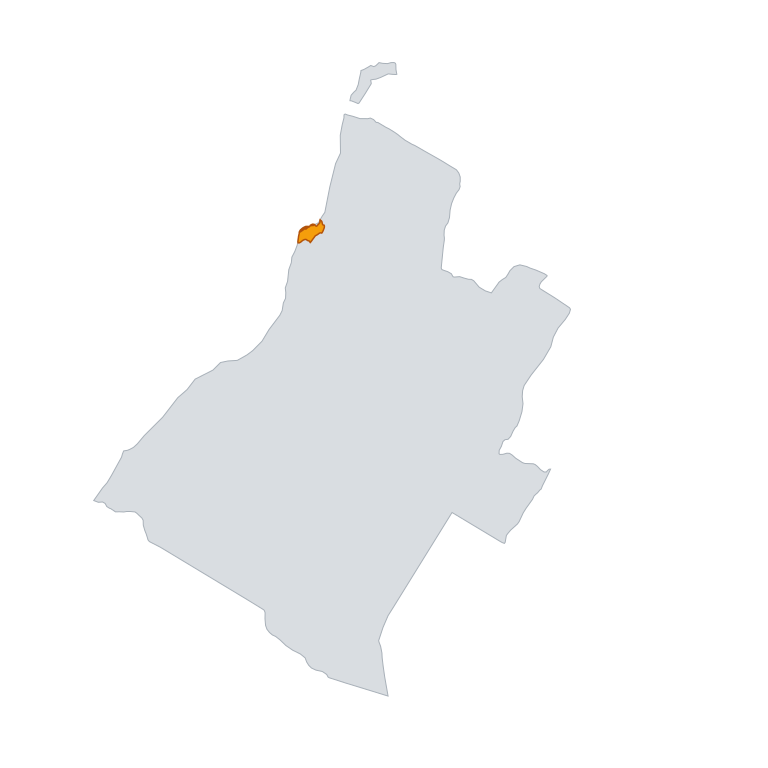 location of Luanda within Angola, rotated 31°
{"feature_id": "AGO-1880", "entity_name": "Luanda", "entity_type": "Province", "adm_level": 1, "iso_a3": "AGO", "parent_name": "Angola", "parent_adm1": "", "projection": "equal_earth", "projection_center": [13.287, -8.956], "detail": "fine", "context": "in_parent", "style": "filled", "palette": "amber", "viewbox_px": 768, "rotation_deg": 31, "n_neighbors": 0, "source": "natural_earth", "source_scale": "10m", "svg_char_len": 4877}
<svg xmlns="http://www.w3.org/2000/svg" viewBox="0 0 768 768"><g transform="rotate(31 384 384)"><path d="M570.6,371.2L571.2,376.6L571.8,384.1L572.2,389.5L572.6,391.9L572.8,393.2L572.2,394.6L571.7,397.9L570.8,400.8L570.3,402.8L570.7,406.4L569.8,417.3L569.7,422.7L570.7,432.3L570.5,435.2L567.8,444.1L567.1,448.5L566.9,450.8L569.4,457.3L569.3,458.6L567.2,459.0L565.6,459.1L508.5,459.1L507.0,571.1L506.8,580.5L508.5,593.1L511.6,606.8L512.9,608.0L516.2,610.6L520.8,615.7L523.4,619.6L528.6,626.3L535.6,634.9L548.2,649.4L505.0,660.1L488.4,664.0L487.0,664.0L484.5,662.5L479.2,662.2L473.0,664.3L468.1,664.8L464.4,663.9L460.9,662.1L457.5,659.4L451.4,658.5L442.9,659.2L434.6,658.7L426.7,656.9L421.0,656.2L417.6,656.6L413.9,656.0L410.0,654.5L406.8,651.9L402.9,646.5L399.9,641.3L399.1,640.6L398.1,639.8L397.1,639.5L380.1,639.3L276.3,639.1L264.3,639.9L263.4,639.7L261.9,639.1L260.8,638.0L257.4,635.0L254.5,632.8L250.4,629.0L247.8,624.9L245.6,623.6L241.8,622.8L238.8,622.1L236.5,621.9L232.3,623.9L229.1,625.8L226.9,627.7L223.0,629.8L219.7,631.9L213.9,631.6L212.7,631.9L209.5,631.8L206.5,630.0L203.5,630.1L200.1,632.5L195.2,633.4L196.3,618.0L197.5,611.2L197.5,603.0L196.7,581.8L195.9,578.9L195.3,575.5L198.3,572.9L199.8,570.9L201.9,567.4L203.4,562.4L205.1,551.6L211.4,526.5L214.3,501.9L218.1,490.2L219.6,477.1L230.2,460.2L232.8,449.8L238.3,444.7L246.1,439.3L251.6,429.6L254.3,422.9L257.4,410.1L257.4,396.6L259.3,378.7L258.9,373.5L256.0,366.4L255.5,361.3L252.8,356.3L249.9,352.5L248.5,345.7L243.5,335.0L242.1,327.8L239.7,322.7L239.3,316.4L238.1,309.7L235.6,303.1L233.2,295.5L233.2,293.2L234.7,290.3L236.1,289.4L235.6,290.8L234.7,292.5L234.9,293.8L244.3,280.5L244.9,277.9L244.6,275.0L244.6,271.5L244.9,267.4L236.0,242.8L229.0,220.0L227.8,208.5L218.4,193.3L214.7,183.4L212.6,176.5L211.1,173.9L211.6,172.6L214.1,172.2L219.4,170.6L226.7,168.9L233.5,164.9L235.3,163.1L238.9,162.7L242.6,163.8L243.9,163.0L244.7,163.0L253.3,163.0L256.9,162.7L263.5,162.8L267.7,163.1L270.1,163.5L276.5,164.2L284.5,164.1L287.4,163.7L297.9,163.5L317.6,163.0L327.9,163.1L335.8,163.1L339.4,164.6L342.7,167.3L344.2,169.8L344.9,170.9L345.8,173.5L347.6,175.6L348.2,178.8L347.7,183.1L348.0,188.4L349.0,194.5L351.1,200.9L354.4,207.6L355.8,213.0L355.4,216.9L356.4,221.1L358.8,225.5L360.6,227.8L361.6,229.6L364.4,236.3L373.3,255.1L374.6,256.1L376.6,255.8L380.8,254.9L384.9,254.8L387.9,256.5L389.1,256.2L393.6,253.0L398.0,252.0L402.6,250.7L405.0,249.3L407.8,249.3L415.4,251.9L416.8,252.0L422.9,252.0L429.1,250.6L430.0,239.8L430.1,237.6L431.6,233.6L433.5,230.0L433.7,226.6L433.6,222.0L435.0,216.4L439.1,211.9L445.8,209.8L449.6,209.4L455.5,208.1L464.6,206.9L467.9,207.0L468.2,207.7L466.2,215.4L466.2,218.0L466.8,220.5L468.4,221.9L486.4,222.2L503.7,223.1L504.6,223.5L505.4,224.0L506.4,227.9L506.1,235.4L504.4,246.4L505.0,256.6L507.8,266.2L508.0,280.8L505.5,300.5L504.9,313.0L506.2,318.2L509.0,323.7L513.3,329.3L516.5,336.7L518.8,345.8L519.6,351.5L518.9,353.8L518.9,357.9L519.6,363.7L518.8,367.5L516.4,369.4L515.6,372.0L516.7,377.0L516.9,381.5L518.5,384.5L519.6,384.7L522.1,383.1L525.0,380.0L527.3,378.8L530.5,378.9L535.1,379.8L543.1,380.1L545.6,379.6L553.1,375.5L555.1,375.2L558.0,375.6L562.2,376.8L566.4,377.0L568.5,375.8L568.7,374.1L569.4,372.0L570.6,371.2ZM235.5,111.8L235.0,112.5L231.6,114.3L227.9,116.0L223.1,123.1L220.7,126.1L220.0,126.9L217.8,128.6L216.2,130.0L216.3,130.8L217.3,131.7L218.4,133.2L218.3,144.7L217.9,156.0L217.3,157.0L214.2,157.4L210.2,158.1L208.9,158.7L208.4,157.5L207.1,153.4L207.8,149.5L208.7,146.5L207.7,140.6L205.7,135.2L203.5,128.5L202.8,127.2L204.6,125.0L207.4,120.2L208.6,117.8L211.8,117.2L213.0,115.5L213.8,112.7L214.2,111.1L217.8,109.8L222.1,107.5L224.5,104.9L227.0,103.3L228.5,103.2L229.5,103.9L232.3,108.3L234.7,111.1L235.5,111.8Z" fill="#d9dde1" stroke="#a8b0b8" stroke-width="1"/><path d="M237.7,307.2L237.0,306.5L234.7,301.4L233.8,298.6L233.1,297.4L233.0,295.1L234.2,291.9L235.9,289.1L237.5,288.2L236.8,289.5L234.6,292.0L233.5,295.4L233.3,296.5L233.7,297.0L234.0,296.6L235.7,292.7L235.8,292.3L235.9,291.9L236.3,291.7L236.7,291.7L237.0,291.6L237.5,291.1L237.8,289.7L238.2,288.9L239.0,287.8L239.1,287.3L239.2,286.9L239.1,285.9L239.3,285.5L240.2,284.1L240.7,283.6L241.3,283.4L239.7,285.4L239.4,286.2L239.8,285.8L240.8,285.2L241.4,284.7L241.6,284.7L241.8,284.5L241.9,284.1L241.9,283.8L242.0,283.5L242.1,283.4L242.3,283.4L244.2,283.7L245.0,283.4L245.4,281.3L245.8,279.7L245.9,279.1L245.8,278.5L244.9,276.8L244.7,276.2L246.5,276.5L247.1,276.8L247.7,277.4L249.2,278.9L249.6,279.0L250.1,279.0L250.7,278.7L251.3,279.0L251.8,279.7L252.3,280.8L252.8,283.4L253.0,285.4L252.9,286.7L252.0,287.0L251.5,287.3L250.9,288.1L250.0,290.3L248.8,292.3L248.1,299.8L247.9,300.7L246.6,300.1L245.9,300.0L245.5,300.1L245.0,300.3L244.3,300.4L243.2,300.2L242.7,300.3L241.9,300.7L240.8,302.0L240.1,303.5L239.6,305.1L238.9,306.4L238.7,306.6L237.7,307.2L237.7,307.2Z" fill="#f59e0b" stroke="#b45309" stroke-width="1.5"/></g></svg>